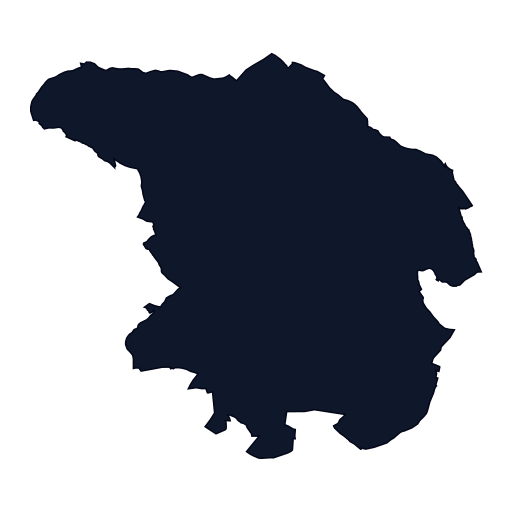 outline of Geaca, Cluj, Romania
{"feature_id": "2599482B49870683085634", "entity_name": "Geaca", "entity_type": "district", "adm_level": 2, "iso_a3": "ROU", "parent_name": "Romania", "parent_adm1": "Cluj", "projection": "mercator", "projection_center": [24.058, 46.874], "detail": "fine", "context": "isolated", "style": "filled", "palette": "ink", "viewbox_px": 512, "rotation_deg": 0, "n_neighbors": 0, "source": "geoboundaries", "source_scale": "gbopen_adm2", "svg_char_len": 5989}
<svg xmlns="http://www.w3.org/2000/svg" viewBox="0 0 512 512"><path d="M402.8,431.0L403.7,431.2L412.0,427.8L417.6,424.0L419.8,420.5L423.6,416.8L426.2,413.7L426.8,412.5L427.8,409.5L429.8,401.9L433.4,393.3L434.7,388.7L435.8,386.3L436.5,386.0L435.9,384.4L437.8,378.1L436.8,377.8L435.9,377.0L436.6,373.4L435.9,370.7L438.9,371.4L439.8,367.0L439.6,366.6L431.7,363.4L433.0,358.8L433.8,357.5L440.6,350.1L441.0,347.4L442.0,346.0L450.0,337.5L454.4,329.8L449.5,329.4L445.0,328.4L444.0,327.8L439.2,323.9L437.8,321.6L433.5,317.0L429.8,311.9L426.4,308.3L423.5,303.6L422.9,302.0L422.8,299.6L423.3,297.9L423.2,297.4L419.1,291.5L421.5,289.3L419.3,284.9L418.6,281.6L417.6,279.5L417.7,277.4L417.4,273.9L417.6,270.3L420.1,270.3L421.2,270.7L423.4,270.6L426.9,268.9L429.5,268.2L431.6,268.9L433.5,270.6L434.9,273.0L435.3,274.4L436.6,276.1L436.9,277.1L436.8,278.8L436.2,279.5L436.6,280.0L438.3,280.8L438.5,279.8L439.2,279.5L442.3,282.0L445.0,281.9L447.0,282.3L450.3,285.3L453.1,286.2L456.3,286.1L456.3,285.7L459.9,285.0L464.7,280.2L474.4,274.6L476.7,272.3L478.0,272.0L481.3,271.9L477.0,262.0L476.1,261.2L476.1,259.3L475.4,258.4L474.9,258.2L473.8,256.2L474.0,255.1L473.5,253.9L473.8,251.9L473.7,249.9L472.9,247.6L472.4,246.9L472.5,245.1L471.9,243.1L472.0,242.1L471.4,239.9L471.5,239.2L470.6,236.0L470.5,234.6L469.2,231.5L468.7,229.7L467.7,229.3L467.3,228.3L465.5,226.3L464.3,223.5L463.6,222.7L462.0,218.8L462.2,217.7L462.1,217.2L461.2,216.4L459.3,209.7L459.0,207.6L459.5,207.4L459.9,208.7L461.4,208.6L462.0,208.9L463.4,208.7L464.0,208.2L465.3,209.0L468.4,207.8L470.2,206.6L471.7,206.2L472.3,205.6L462.6,191.2L458.6,186.6L457.5,184.9L456.5,184.1L455.3,181.5L454.1,180.6L452.3,172.7L452.6,170.3L450.5,169.5L448.3,168.0L446.3,166.0L445.3,163.6L445.0,164.1L445.0,165.6L445.3,167.0L444.6,166.4L441.1,161.3L438.2,158.6L436.5,157.1L432.6,155.2L425.4,153.9L420.5,151.3L415.9,149.4L411.9,149.4L407.4,148.6L404.1,147.6L400.4,146.0L396.0,141.8L394.1,140.3L390.4,138.8L389.8,137.2L383.8,137.0L382.2,136.2L379.3,133.4L377.9,130.9L375.6,129.9L372.8,129.4L372.0,128.4L370.3,127.3L367.7,126.4L367.5,121.2L367.2,118.8L361.3,112.2L357.2,106.8L354.2,104.0L352.2,102.6L348.4,100.8L343.2,99.3L337.7,94.6L334.2,92.4L329.6,88.0L324.0,80.5L322.5,79.1L324.5,75.5L317.2,71.4L314.7,70.8L305.3,67.3L301.2,64.9L294.8,62.7L292.4,62.4L292.4,63.4L292.0,64.3L288.7,67.6L287.8,68.2L287.5,68.1L286.6,65.7L284.8,64.1L283.9,62.8L280.6,59.5L275.1,55.4L271.7,53.7L263.6,59.4L253.5,65.2L246.2,69.9L236.5,80.8L231.5,76.7L230.3,76.1L229.3,74.9L226.1,76.9L223.1,78.1L214.2,79.1L210.3,78.1L202.0,74.5L199.3,74.6L192.2,77.3L190.7,76.9L187.5,74.8L177.7,71.2L170.6,70.5L168.6,70.6L162.3,71.8L159.9,71.7L159.2,71.2L155.4,70.3L150.3,71.7L146.1,73.3L143.0,72.6L138.4,69.1L134.3,68.7L132.2,68.8L128.4,68.4L121.9,69.0L118.1,68.9L112.3,67.8L109.9,68.4L106.7,70.2L105.3,70.4L98.6,67.5L97.6,66.8L94.6,63.8L90.4,62.2L86.4,62.1L84.4,64.0L80.6,63.3L81.6,67.1L78.1,68.2L73.0,70.6L70.7,71.0L68.0,71.1L64.4,72.2L59.1,74.7L59.2,74.9L55.2,77.2L48.6,79.3L45.7,82.1L43.9,84.6L41.7,87.0L38.3,92.2L36.6,93.9L36.2,95.1L32.8,99.9L31.9,101.7L31.0,105.5L30.7,107.8L30.8,111.5L33.6,120.4L35.7,120.1L39.4,121.6L39.1,122.8L39.2,123.6L41.9,125.7L42.6,127.2L44.3,128.9L48.8,127.9L53.7,128.0L58.5,127.3L60.7,127.6L62.7,129.3L63.0,130.5L63.4,131.3L64.7,132.3L66.7,135.1L66.0,136.7L75.0,140.8L75.5,139.8L80.8,141.9L82.5,143.1L84.2,143.4L85.7,144.4L87.1,144.8L88.5,146.0L92.7,148.0L94.8,151.1L97.7,153.4L98.0,155.6L98.8,156.7L102.6,158.9L104.5,160.6L107.4,161.5L109.7,162.8L114.5,167.6L114.4,166.9L115.3,166.5L115.6,165.8L114.1,158.9L117.9,161.6L118.8,162.0L119.7,162.9L125.1,165.6L129.8,167.2L138.0,168.9L138.0,170.0L139.6,172.7L141.0,176.6L141.6,180.4L141.8,182.7L141.3,185.6L141.4,186.5L142.5,190.5L143.1,194.5L144.7,200.4L145.7,201.8L143.4,206.2L143.2,206.2L140.9,211.4L140.0,212.6L138.9,215.1L137.5,217.0L142.8,218.9L146.7,221.2L152.9,222.0L153.9,225.2L152.9,226.3L153.4,227.3L153.6,229.0L155.3,233.0L155.8,234.9L152.9,235.9L150.9,237.1L148.7,239.3L146.9,241.7L143.6,243.1L143.4,244.3L146.1,248.6L147.7,249.2L149.0,249.1L150.6,251.9L152.2,253.7L152.4,254.6L153.8,256.1L154.2,256.9L158.4,262.4L159.2,264.7L160.7,267.0L161.3,268.4L161.5,271.6L162.0,272.8L164.9,275.4L168.0,278.8L172.3,281.6L180.5,287.7L178.0,289.3L173.1,294.7L169.9,295.9L166.4,297.9L164.8,301.6L162.1,304.4L161.3,306.1L159.9,306.9L157.8,306.5L154.4,305.6L149.4,303.6L144.4,307.2L146.1,307.8L146.9,308.7L147.5,310.1L148.5,310.6L149.3,312.6L150.0,313.1L151.9,312.1L153.6,310.3L153.9,310.4L154.2,311.5L153.8,312.5L152.1,314.4L150.7,315.4L148.8,317.9L146.7,319.8L140.6,322.8L139.1,323.9L138.1,325.3L137.7,327.6L137.4,328.2L134.1,329.6L131.9,332.7L129.5,334.2L128.0,336.1L126.7,338.1L125.7,341.6L125.6,342.7L125.8,344.2L125.6,344.2L125.6,344.6L127.2,349.0L130.8,352.8L132.7,355.3L133.4,358.8L133.4,368.5L135.4,368.0L138.9,368.0L141.1,371.1L162.3,367.2L168.9,367.1L170.2,367.6L170.5,368.7L172.6,368.3L173.2,368.8L175.1,367.7L178.9,367.7L182.3,368.2L186.5,369.3L190.7,371.4L194.7,372.5L198.1,373.9L193.2,380.1L190.5,384.4L188.3,388.8L196.2,387.7L202.2,388.7L205.9,388.5L207.3,392.6L207.8,393.0L212.5,391.8L214.6,412.9L210.5,419.5L205.1,426.7L216.0,433.8L225.0,429.9L226.0,428.9L226.2,427.9L226.1,423.4L225.8,421.3L225.4,420.6L230.2,420.8L229.6,418.4L227.9,415.0L229.7,415.0L234.8,417.1L236.1,418.0L238.4,420.8L240.3,422.0L240.9,422.7L243.8,423.5L246.7,425.4L246.7,426.4L247.3,427.8L251.5,433.8L251.8,436.1L259.2,436.1L246.5,451.6L250.3,454.2L253.8,456.0L258.5,458.0L260.8,458.3L270.7,457.7L273.5,457.8L287.9,452.9L291.1,451.2L292.4,450.0L293.2,438.6L295.2,438.8L294.8,436.1L295.3,429.5L293.1,429.0L288.1,426.0L284.8,424.7L286.7,411.6L304.6,411.5L314.4,409.7L345.3,414.5L342.8,417.2L340.0,419.5L338.2,423.1L337.4,423.8L333.6,425.8L334.0,426.8L334.7,428.1L340.1,433.3L344.1,436.1L348.4,439.7L350.0,441.5L354.1,443.8L360.5,449.1L361.0,449.2L361.4,448.3L361.8,448.2L365.7,449.1L374.1,447.3L386.0,443.2L387.2,442.7L390.3,440.1L393.8,437.9L400.5,432.1L401.5,431.9L402.8,431.0Z" fill="#0f172a" stroke="#020617" stroke-width="1.5"/></svg>